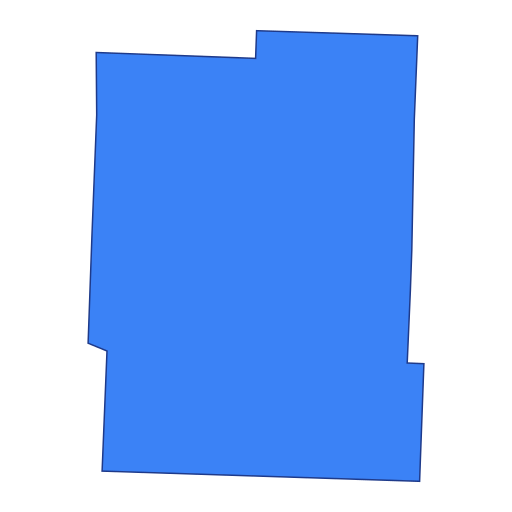 outline of Benton, Missouri, United States of America
{"feature_id": "52423323B53936333340658", "entity_name": "Benton", "entity_type": "district", "adm_level": 2, "iso_a3": "USA", "parent_name": "United States of America", "parent_adm1": "Missouri", "projection": "equal_earth", "projection_center": [-93.279, 38.299], "detail": "fine", "context": "isolated", "style": "filled", "palette": "blue", "viewbox_px": 512, "rotation_deg": 0, "n_neighbors": 0, "source": "geoboundaries", "source_scale": "gbopen_adm2", "svg_char_len": 327}
<svg xmlns="http://www.w3.org/2000/svg" viewBox="0 0 512 512"><path d="M88.1,343.2L107.0,351.0L102.1,471.1L419.6,481.3L420.1,467.3L423.9,363.7L407.2,363.0L410.4,289.9L411.8,250.2L414.3,119.3L417.7,35.8L256.6,30.7L255.6,58.4L96.2,52.5L96.7,115.0L92.0,234.0L88.1,343.2Z" fill="#3b82f6" stroke="#1e3a8a" stroke-width="1.5"/></svg>